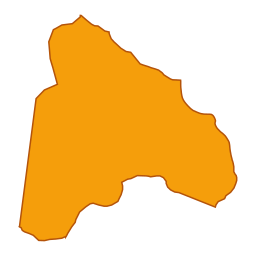 outline of Morne Vient, Vieux Fort, Saint Lucia
{"feature_id": "8701671B46237577852216", "entity_name": "Morne Vient", "entity_type": "district", "adm_level": 2, "iso_a3": "LCA", "parent_name": "Saint Lucia", "parent_adm1": "Vieux Fort", "projection": "albers", "projection_center": [-60.951, 13.807], "detail": "fine", "context": "isolated", "style": "filled", "palette": "amber", "viewbox_px": 256, "rotation_deg": 0, "n_neighbors": 0, "source": "geoboundaries", "source_scale": "gbopen_adm2", "svg_char_len": 2140}
<svg xmlns="http://www.w3.org/2000/svg" viewBox="0 0 256 256"><path d="M65.8,236.9L66.4,236.0L67.8,233.2L71.7,226.9L75.2,222.3L75.8,219.6L79.6,212.0L85.8,206.8L90.2,203.8L93.2,203.2L98.8,205.0L104.1,206.2L107.0,206.2L111.7,205.0L117.9,201.4L119.1,198.7L121.1,194.7L122.6,189.6L122.6,185.9L121.7,182.3L127.6,179.2L130.9,178.6L133.5,177.4L137.3,175.6L146.2,175.9L148.5,176.2L150.6,176.8L156.8,175.9L160.0,175.9L163.5,177.7L166.2,181.4L166.2,183.5L167.7,187.1L170.6,189.9L174.7,192.0L178.9,192.6L215.3,207.1L216.0,204.8L218.2,201.6L224.6,198.7L225.9,195.7L230.6,192.3L233.9,188.1L235.7,183.7L236.7,180.5L236.7,177.5L236.1,175.4L235.1,174.2L233.8,171.7L233.8,166.7L233.2,163.4L232.5,160.8L232.2,160.3L231.9,158.7L231.4,156.8L230.9,154.7L230.6,152.9L230.3,151.3L230.1,150.0L229.9,148.4L229.8,147.3L229.7,145.9L229.5,144.4L229.2,142.6L228.7,141.4L228.3,140.6L227.7,139.7L227.0,138.5L226.3,137.4L225.3,136.0L224.1,134.8L222.5,133.3L221.4,132.5L220.2,131.5L218.5,129.7L217.3,128.5L216.4,127.1L215.5,125.4L215.0,123.7L215.1,122.5L215.5,120.9L215.2,119.6L214.5,117.9L214.1,117.1L213.6,116.4L213.4,116.0L212.9,115.5L212.6,115.2L211.9,114.7L211.3,114.4L209.4,114.2L207.4,114.2L204.0,114.1L201.4,113.7L199.8,113.3L198.0,112.6L196.5,112.0L194.8,111.2L193.1,110.5L190.6,108.6L187.6,105.6L185.7,103.4L184.4,101.7L183.4,100.1L182.5,98.2L181.9,96.0L181.4,93.2L181.1,90.4L180.8,87.7L180.7,85.3L180.7,81.0L180.6,80.2L177.3,80.0L172.6,79.8L170.5,79.0L166.4,76.5L163.9,74.9L162.3,72.9L158.6,70.1L155.1,68.9L151.0,67.7L148.5,66.7L143.4,65.1L140.1,63.9L130.7,52.3L128.4,51.9L126.0,51.5L120.8,48.2L115.9,43.6L114.1,42.0L111.2,38.8L109.7,35.0L109.1,33.2L109.1,32.0L104.8,31.0L102.1,29.0L98.0,26.0L94.6,25.8L91.5,24.2L86.7,20.3L81.2,15.5L80.3,15.4L80.2,17.0L72.3,23.7L72.1,23.7L61.9,25.0L56.1,28.3L53.4,29.7L48.8,41.8L49.7,52.4L50.2,58.6L51.4,62.8L52.8,67.4L57.4,84.3L49.2,87.9L44.4,90.0L36.1,98.6L19.5,226.5L19.3,226.7L19.7,227.0L20.7,227.5L21.1,227.6L22.2,230.2L22.5,230.5L24.5,231.8L29.5,233.6L33.3,235.3L38.7,240.4L44.5,240.6L46.6,240.1L49.7,239.4L53.9,239.1L55.7,239.0L61.8,238.2L65.8,236.5L65.8,236.9Z" fill="#f59e0b" stroke="#b45309" stroke-width="1.5"/></svg>